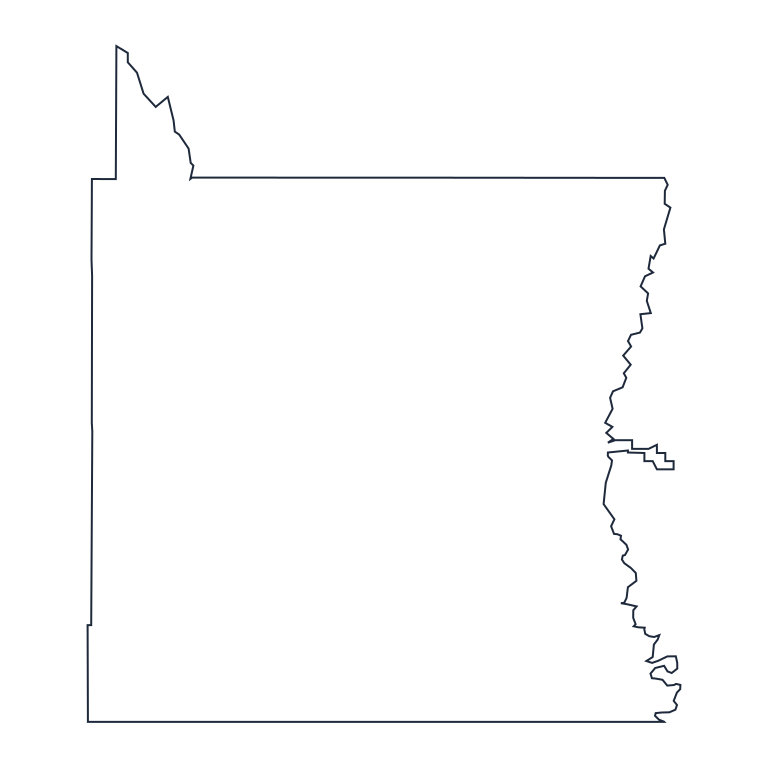 Emery, Utah, United States of America (Natural Earth projection)
{"feature_id": "52423323B48025337420710", "entity_name": "Emery", "entity_type": "district", "adm_level": 2, "iso_a3": "USA", "parent_name": "United States of America", "parent_adm1": "Utah", "projection": "natural_earth1", "projection_center": [-110.277, 39.102], "detail": "fine", "context": "isolated", "style": "outline", "palette": "slate", "viewbox_px": 768, "rotation_deg": 0, "n_neighbors": 0, "source": "geoboundaries", "source_scale": "gbopen_adm2", "svg_char_len": 1958}
<svg xmlns="http://www.w3.org/2000/svg" viewBox="0 0 768 768"><path d="M87.9,716.2L87.9,721.9L429.9,721.9L664.2,721.9L663.9,721.6L659.0,719.7L655.0,715.8L655.7,713.1L661.7,712.5L669.4,712.3L675.4,709.7L677.0,705.0L673.7,700.9L676.9,692.6L680.2,689.1L680.4,684.9L676.0,683.9L674.1,685.0L667.3,685.6L662.5,679.8L655.9,678.6L651.9,678.2L650.5,673.6L655.2,668.0L664.1,665.8L667.5,671.4L671.7,673.0L677.3,668.6L677.2,662.6L675.8,656.3L667.3,656.4L658.4,660.7L652.1,662.9L646.4,661.0L652.7,657.0L653.9,644.5L657.7,639.5L659.3,635.1L654.1,637.0L649.3,636.2L645.2,633.8L644.3,629.2L644.7,627.7L638.3,627.3L633.7,626.3L635.6,624.2L633.2,617.8L633.3,610.2L636.6,606.4L626.9,604.2L620.9,603.2L624.3,602.7L626.6,597.9L627.9,587.2L636.4,580.8L635.8,573.0L630.9,568.0L624.3,563.2L621.9,559.5L622.8,555.6L625.0,555.0L628.1,549.5L626.4,544.8L620.5,539.3L621.0,535.7L617.3,534.2L614.0,533.9L611.1,526.2L614.4,519.3L603.6,504.1L605.8,482.7L611.3,465.4L612.0,460.4L608.4,456.9L607.8,455.6L607.9,452.5L627.9,450.5L627.9,452.5L644.4,453.0L644.4,461.1L652.7,461.1L656.9,469.3L673.6,469.3L673.6,461.1L665.3,461.1L665.3,453.0L656.9,453.0L656.9,444.8L648.5,448.9L632.1,448.9L632.1,440.2L615.3,440.2L607.9,442.7L613.4,438.9L606.3,432.9L612.4,426.9L605.2,422.8L612.6,408.8L610.1,397.8L613.0,391.3L622.6,387.3L626.3,377.8L623.8,373.3L630.7,364.7L623.2,355.6L631.1,346.5L628.0,341.1L631.0,334.8L639.9,332.6L642.4,328.4L640.4,314.2L650.8,313.1L646.8,300.9L648.1,293.4L640.6,286.4L645.0,276.3L653.0,272.5L648.5,268.7L650.7,256.0L653.6,258.5L659.9,245.4L665.3,243.7L663.9,229.4L670.4,207.6L664.7,203.8L664.9,190.8L667.7,184.8L664.3,177.9L452.2,177.7L192.1,177.6L190.4,178.9L193.4,165.6L190.7,162.9L188.6,148.6L179.2,134.6L174.8,131.6L173.6,120.6L167.8,96.9L155.7,106.9L143.6,93.7L137.0,72.7L127.8,62.3L127.8,53.0L116.4,46.1L115.8,179.1L91.9,179.0L91.8,204.1L91.5,259.7L92.1,275.9L91.8,423.1L92.3,431.2L91.2,625.1L87.6,625.1L87.9,716.2Z" fill="none" stroke="#1e293b" stroke-width="2"/></svg>